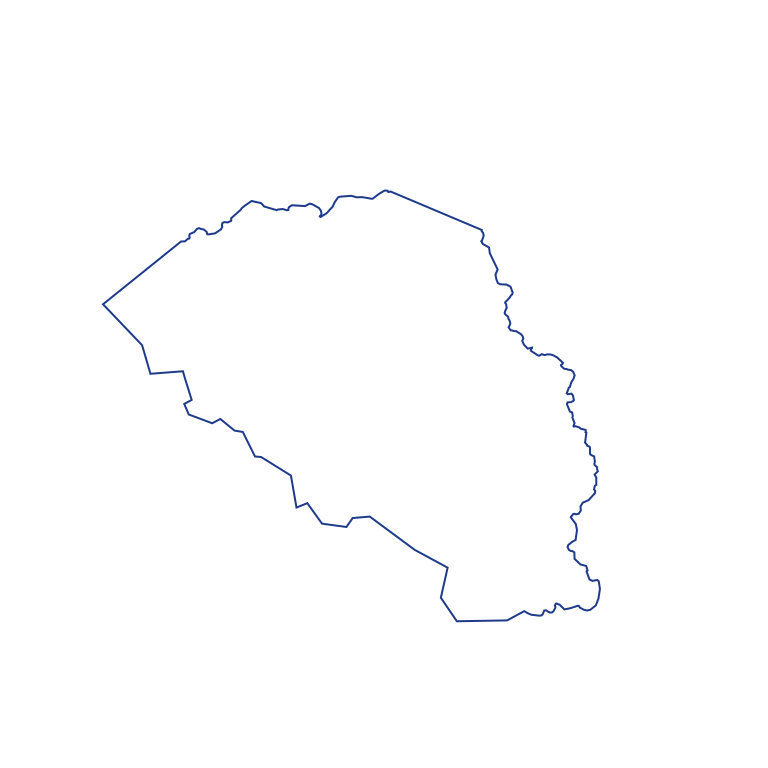 outline of McDowell, West Virginia, United States of America, rotated 206°
{"feature_id": "52423323B38725266060317", "entity_name": "McDowell", "entity_type": "district", "adm_level": 2, "iso_a3": "USA", "parent_name": "United States of America", "parent_adm1": "West Virginia", "projection": "natural_earth1", "projection_center": [-81.736, 37.375], "detail": "fine", "context": "isolated", "style": "outline", "palette": "blue", "viewbox_px": 768, "rotation_deg": 206, "n_neighbors": 0, "source": "geoboundaries", "source_scale": "gbopen_adm2", "svg_char_len": 3619}
<svg xmlns="http://www.w3.org/2000/svg" viewBox="0 0 768 768"><g transform="rotate(206 384 384)"><path d="M154.2,241.0L150.4,241.2L143.0,243.8L141.4,244.7L140.4,246.4L140.7,250.7L139.0,251.7L136.2,251.2L134.0,251.6L132.9,252.3L132.1,253.9L131.9,257.8L132.1,258.6L133.3,259.8L133.3,261.8L132.8,262.3L129.5,262.6L123.0,260.5L118.2,264.2L112.4,269.8L111.1,269.8L110.1,268.9L105.6,268.7L102.1,269.5L99.6,271.5L96.5,278.0L97.2,285.2L100.1,294.5L104.5,300.8L106.3,301.4L110.4,298.4L113.6,298.4L119.8,304.3L119.3,305.6L122.5,309.1L128.3,307.9L136.1,310.4L139.1,316.1L141.5,316.4L142.9,315.8L144.9,315.9L147.6,318.0L147.8,320.1L145.7,324.6L143.4,327.8L146.5,337.3L150.2,342.2L157.8,346.2L156.9,350.1L155.8,350.9L154.5,350.9L152.2,352.6L151.6,356.4L153.7,360.1L153.3,364.5L149.2,369.3L146.6,378.2L147.3,380.5L149.0,381.3L149.9,385.0L149.0,386.5L152.1,392.8L152.3,393.0L155.0,395.0L153.5,399.2L155.1,400.9L155.9,402.6L159.3,403.6L160.0,404.6L160.4,406.7L163.4,411.0L167.4,411.0L167.8,411.5L168.3,411.6L170.8,416.8L171.3,417.5L172.1,417.8L172.4,417.8L174.2,417.5L174.9,418.3L177.8,419.6L177.9,420.4L180.8,429.1L181.2,429.1L181.8,429.1L181.8,429.7L182.6,431.1L183.4,431.0L187.7,430.0L188.4,430.4L189.9,430.5L193.5,430.0L194.5,429.0L195.3,429.3L195.6,432.4L199.9,436.3L200.4,438.1L202.4,440.9L204.8,440.7L210.8,446.1L211.0,447.9L207.9,449.7L206.4,451.9L206.2,452.6L206.6,453.3L207.0,453.7L209.3,456.6L211.3,457.5L214.3,455.4L215.6,455.6L216.3,461.7L216.0,462.0L215.6,462.5L216.4,467.9L216.0,471.5L216.4,475.3L219.4,477.9L222.0,478.5L225.1,477.5L225.8,477.6L228.8,476.7L232.4,477.7L233.3,478.6L232.5,480.1L232.4,481.5L240.3,483.8L244.9,484.0L247.3,483.5L250.2,482.2L252.5,480.3L253.6,480.2L255.3,480.0L256.8,477.5L258.6,477.2L266.7,478.3L267.1,479.7L266.7,481.1L266.9,481.6L269.7,479.3L270.3,478.8L275.5,480.7L278.7,483.4L278.7,486.1L280.4,487.7L282.5,488.7L282.6,488.8L288.3,489.4L290.6,488.5L291.7,488.4L292.6,488.2L293.5,487.8L294.7,488.3L296.9,489.6L296.8,491.8L296.8,492.6L297.0,493.8L299.1,496.2L300.9,497.3L301.5,498.4L302.2,498.9L305.3,499.7L306.6,500.5L307.1,502.9L307.1,506.2L309.2,509.3L310.3,509.7L310.9,510.5L308.8,517.2L308.8,519.0L308.1,520.8L308.4,522.5L312.3,526.3L312.9,526.9L317.3,527.1L321.6,525.3L323.3,524.6L325.9,524.6L328.9,527.4L331.7,531.1L332.1,536.8L346.2,547.9L349.4,552.7L356.5,553.2L359.1,554.9L358.7,555.3L359.4,561.0L361.0,563.1L363.3,564.3L363.6,565.3L462.4,559.9L464.3,558.4L465.1,558.9L465.5,559.3L466.1,559.1L468.3,558.1L471.9,552.6L475.3,545.8L475.9,545.2L485.5,542.4L490.2,539.9L495.9,538.8L505.9,532.9L507.1,531.6L508.0,525.9L507.9,520.5L509.1,517.1L509.7,514.6L510.6,512.0L514.2,506.3L515.1,506.4L515.1,507.2L514.5,507.8L514.9,509.8L516.8,512.2L519.7,513.7L527.0,514.1L529.9,513.5L533.0,509.3L545.1,504.3L546.8,501.6L546.9,500.2L546.3,498.5L547.7,497.5L551.7,496.9L556.0,494.2L556.6,493.2L569.6,491.0L573.7,492.7L583.2,490.4L587.4,483.0L589.1,479.2L589.0,478.3L589.5,477.0L594.0,466.0L592.9,463.7L595.3,460.7L598.7,459.4L599.8,457.8L599.4,455.8L598.2,454.3L598.4,451.4L601.9,445.3L607.1,441.7L608.3,441.1L609.0,441.5L609.8,442.8L610.5,443.1L613.8,443.9L616.1,443.2L618.6,443.0L620.1,441.4L621.2,437.3L624.3,433.7L624.0,431.7L622.9,430.6L622.8,429.3L623.9,428.6L624.8,426.5L625.4,425.0L628.9,423.1L671.5,332.5L618.4,312.8L598.4,290.8L570.3,307.3L565.0,301.4L549.9,285.4L554.8,278.5L546.1,271.0L521.2,273.4L515.8,280.8L497.9,276.6L489.9,279.0L468.2,262.3L462.4,264.5L427.5,260.9L408.5,234.6L400.7,243.3L378.5,231.3L355.1,239.0L353.4,249.8L338.7,258.6L283.8,248.4L246.3,246.8L239.2,216.8L214.5,202.7L169.7,225.5L158.4,241.3L154.2,241.0Z" fill="none" stroke="#1e3a8a" stroke-width="2"/></g></svg>